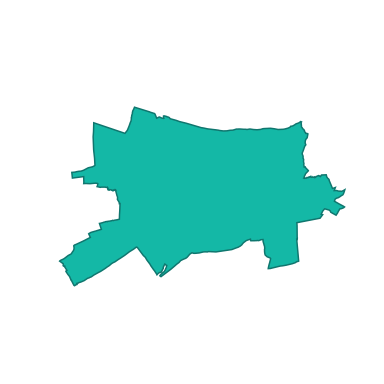 Bacles, Mehedinti, Romania (Equal Earth projection), rotated 163°
{"feature_id": "2599482B78289781557705", "entity_name": "Bacles", "entity_type": "district", "adm_level": 2, "iso_a3": "ROU", "parent_name": "Romania", "parent_adm1": "Mehedinti", "projection": "equal_earth", "projection_center": [23.15, 44.465], "detail": "fine", "context": "isolated", "style": "filled", "palette": "teal", "viewbox_px": 384, "rotation_deg": 163, "n_neighbors": 0, "source": "geoboundaries", "source_scale": "gbopen_adm2", "svg_char_len": 5930}
<svg xmlns="http://www.w3.org/2000/svg" viewBox="0 0 384 384"><g transform="rotate(163 192 192)"><path d="M284.1,245.5L289.3,244.5L292.0,244.4L294.2,244.9L296.6,245.2L297.9,245.2L301.2,245.9L302.3,240.3L291.1,238.4L292.6,232.8L293.1,231.7L291.1,231.2L287.2,229.8L281.8,228.7L279.8,227.8L279.6,227.4L280.7,225.5L281.2,224.9L278.4,223.3L277.9,223.2L277.4,223.2L273.5,222.0L272.6,221.4L272.0,221.3L271.5,221.3L271.6,220.1L271.4,220.1L271.7,219.0L271.1,219.0L270.9,218.0L270.3,218.0L269.8,218.3L268.9,217.7L268.3,217.5L268.2,217.4L268.2,217.1L267.8,217.0L267.6,216.9L267.3,216.2L267.1,216.2L266.7,216.3L266.6,216.8L266.4,216.9L266.1,216.8L266.0,216.4L265.8,216.3L264.9,216.9L264.5,216.6L264.4,216.3L264.3,215.7L264.6,215.6L264.6,215.0L264.8,210.7L264.7,209.2L264.8,208.4L265.5,206.7L264.7,203.6L264.8,202.5L264.9,202.1L264.2,202.0L265.9,197.0L268.0,191.4L269.4,187.2L270.5,187.3L271.5,187.3L274.5,187.7L275.3,187.6L276.1,188.1L277.1,188.0L278.8,188.2L279.2,188.2L281.2,188.6L281.7,188.4L282.1,188.7L283.4,188.9L284.0,188.8L285.3,188.9L286.3,188.8L288.7,188.9L289.7,189.0L289.6,182.8L300.5,182.9L302.3,182.5L302.3,182.3L303.0,182.2L302.5,178.3L310.2,176.9L318.8,175.7L319.1,175.8L320.5,175.4L320.8,175.1L321.1,173.1L321.7,171.6L322.7,170.5L324.4,169.2L325.2,168.4L326.1,168.0L328.9,167.5L332.3,166.2L334.4,165.5L337.4,165.1L338.5,164.8L338.8,164.6L336.1,161.0L336.2,160.5L336.7,159.5L336.7,159.0L336.5,158.7L335.6,158.5L335.4,158.3L335.8,158.1L335.7,157.8L334.5,153.6L335.7,153.2L335.8,152.9L334.8,149.5L333.8,147.0L333.4,143.0L333.2,143.0L332.5,138.9L332.2,137.3L332.0,137.0L331.7,136.7L330.1,137.2L329.0,137.2L329.0,138.3L327.6,138.1L327.3,138.4L324.5,138.4L320.9,138.8L317.1,140.0L315.4,140.0L314.9,140.2L313.1,140.3L310.1,141.3L304.9,142.4L302.6,142.8L297.3,144.3L295.1,145.1L292.6,145.8L289.9,147.0L288.5,147.4L285.9,147.8L282.6,148.9L280.3,149.5L278.6,150.0L274.9,151.1L269.2,153.2L264.6,154.4L261.6,155.5L261.1,155.5L260.6,155.1L260.3,154.5L257.1,145.5L255.7,143.1L255.2,140.7L255.0,140.0L253.3,135.3L252.9,133.4L251.7,129.8L251.5,129.0L251.0,128.0L249.8,123.8L249.7,123.1L248.4,123.9L247.3,124.3L246.7,124.5L245.1,124.4L244.4,124.7L243.4,125.8L243.1,126.3L241.9,127.2L241.4,128.6L240.9,129.0L240.0,130.1L239.0,131.0L238.5,130.0L237.6,129.2L238.6,127.4L239.5,126.5L240.3,125.4L241.3,124.5L241.9,124.0L246.1,122.2L247.0,121.5L247.2,121.4L247.2,121.1L246.4,120.1L234.8,124.3L230.2,126.3L227.8,127.4L225.0,128.4L223.0,129.7L219.4,130.3L218.4,130.3L216.7,130.6L215.4,131.2L212.6,133.0L212.0,133.3L209.8,133.9L208.6,133.0L207.2,132.5L202.8,131.6L199.0,131.4L197.1,131.0L194.8,130.2L193.6,130.2L186.6,127.7L170.7,125.3L166.6,125.6L163.9,125.7L163.1,125.9L161.6,126.2L159.9,126.9L159.5,127.1L159.3,127.4L157.3,128.6L156.6,128.8L154.6,129.6L152.7,129.8L149.9,129.8L150.1,128.3L149.1,127.9L144.8,126.7L143.5,126.5L142.9,126.1L142.0,126.0L141.1,126.0L140.4,126.3L138.0,125.8L138.5,123.7L138.5,120.9L138.6,120.2L138.5,119.8L138.5,118.9L138.9,116.8L139.4,116.0L140.1,113.5L140.4,111.5L140.4,110.3L139.0,108.0L136.7,106.2L136.5,105.9L136.3,105.2L138.6,101.4L139.6,99.9L141.5,96.6L141.5,96.4L140.9,96.5L140.0,96.0L129.4,95.4L126.7,94.9L123.4,94.5L117.0,94.1L114.0,94.2L113.4,94.3L112.3,94.8L111.3,94.6L110.2,94.7L105.7,116.1L105.3,115.8L105.2,116.0L104.9,116.8L105.0,116.8L101.4,129.0L100.7,132.0L77.2,129.5L73.7,132.1L75.0,132.9L73.0,135.1L72.1,135.9L70.3,137.0L70.0,137.1L66.4,134.8L65.9,134.4L65.5,133.8L65.2,132.1L64.3,131.1L61.0,127.7L58.8,129.5L58.0,130.4L55.6,132.6L53.9,132.4L51.6,132.6L50.5,133.1L51.4,134.2L54.7,137.5L58.5,141.5L57.2,143.3L55.8,143.8L53.7,143.8L51.8,144.3L50.3,144.8L48.6,145.2L47.7,146.0L46.4,147.7L45.2,149.5L47.4,149.0L48.9,148.9L49.8,149.4L51.5,149.9L53.2,151.1L55.6,151.8L53.6,154.4L55.7,154.3L56.6,154.4L57.4,162.5L57.4,163.4L57.3,163.6L57.6,164.6L58.1,165.2L58.7,166.9L58.6,169.2L63.2,170.4L63.4,170.1L64.1,169.8L64.3,169.4L64.7,169.2L65.8,170.5L66.2,170.5L66.3,170.7L68.2,170.5L68.8,170.4L69.6,169.9L70.4,169.9L70.4,170.2L70.7,170.4L70.6,170.6L71.5,170.5L72.0,170.8L72.1,171.1L72.4,170.9L73.4,171.1L73.9,171.5L73.8,171.8L73.7,172.2L74.0,172.3L74.3,172.2L74.6,171.7L74.8,171.7L75.4,171.8L75.4,172.2L75.6,172.3L76.3,171.8L77.2,171.8L77.7,172.3L78.6,171.8L79.2,172.1L79.8,172.0L80.1,172.2L80.7,172.2L81.1,172.6L80.2,173.3L80.1,174.0L79.7,174.5L78.9,175.2L78.3,176.0L77.7,176.5L74.5,178.3L74.5,178.5L76.1,181.6L76.4,182.6L76.4,182.9L77.4,183.0L77.1,185.7L76.7,186.2L76.5,188.4L75.7,190.6L75.9,192.0L75.6,192.7L75.3,193.9L75.5,196.3L74.9,197.4L73.5,199.1L70.7,203.0L70.1,203.2L69.6,203.6L69.3,204.1L69.5,205.5L69.5,205.9L69.2,206.4L68.8,207.6L67.8,209.0L66.0,210.2L64.2,213.6L64.2,213.9L64.6,214.2L65.0,214.3L66.1,214.8L66.0,215.5L66.6,216.5L66.7,217.1L66.6,217.3L66.7,217.7L66.5,218.0L66.9,219.2L67.6,220.1L67.8,221.2L68.3,222.2L67.9,223.6L67.8,224.8L67.6,224.9L67.5,225.5L67.5,226.5L66.8,227.0L67.4,227.6L69.5,226.9L70.5,226.8L71.5,226.8L72.9,226.7L74.2,226.2L76.0,225.8L76.8,225.7L78.4,226.0L79.1,225.4L81.2,225.0L84.7,225.1L86.4,225.3L91.4,226.6L95.0,228.5L98.3,230.0L104.6,231.6L105.6,231.8L108.1,231.8L111.6,232.5L114.8,233.7L118.2,235.3L121.1,235.7L122.6,236.4L124.3,236.9L127.9,238.3L130.2,238.9L131.1,239.2L134.8,239.2L137.6,239.9L140.8,240.3L144.1,241.2L147.3,242.6L148.7,243.4L151.1,244.5L158.6,247.8L162.0,249.7L164.3,250.8L177.5,259.5L183.2,262.9L186.3,265.2L191.2,268.3L191.6,268.7L191.8,269.5L192.5,270.4L193.9,271.2L194.0,271.5L195.9,272.7L196.6,273.0L197.0,273.0L197.5,271.3L197.4,270.7L197.7,270.7L198.3,271.0L199.4,271.6L200.9,273.0L201.4,273.3L202.3,273.2L203.3,273.0L204.2,272.9L204.6,277.3L204.9,278.0L208.7,280.6L209.1,281.0L222.2,289.9L223.4,288.4L224.9,286.9L225.3,286.2L225.7,285.6L226.0,284.6L227.2,282.9L227.9,281.3L228.4,280.7L228.5,280.4L228.5,279.8L229.7,277.5L230.5,276.7L232.9,273.4L235.8,269.9L239.0,267.7L265.7,286.9L268.5,278.6L270.4,273.7L273.7,261.2L275.3,252.8L277.0,245.9L277.5,245.6L279.8,245.2L284.1,245.5Z" fill="#14b8a6" stroke="#0f766e" stroke-width="1.5"/></g></svg>